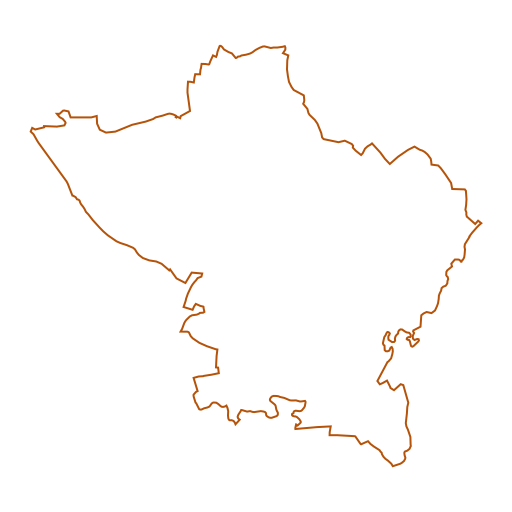 outline of Secuieni, Harghita, Romania
{"feature_id": "2599482B24162569897100", "entity_name": "Secuieni", "entity_type": "district", "adm_level": 2, "iso_a3": "ROU", "parent_name": "Romania", "parent_adm1": "Harghita", "projection": "orthographic", "projection_center": [24.945, 46.276], "detail": "fine", "context": "isolated", "style": "outline", "palette": "amber", "viewbox_px": 512, "rotation_deg": 0, "n_neighbors": 0, "source": "geoboundaries", "source_scale": "gbopen_adm2", "svg_char_len": 6019}
<svg xmlns="http://www.w3.org/2000/svg" viewBox="0 0 512 512"><path d="M303.8,95.4L293.7,90.0L291.5,86.9L289.0,81.9L287.9,76.1L287.0,69.4L287.3,60.2L288.3,55.4L283.0,53.2L285.3,49.7L285.4,47.6L284.8,46.2L282.6,46.8L277.5,47.5L273.8,47.5L270.8,48.0L264.6,46.4L262.9,46.5L259.4,47.9L255.5,50.0L252.3,52.4L249.9,53.6L246.0,54.7L241.4,55.5L239.9,56.4L238.0,56.6L236.6,57.8L235.7,58.0L231.9,53.4L228.4,52.0L223.9,49.4L222.4,47.3L221.3,46.2L220.1,45.8L219.6,46.1L217.5,51.7L216.9,54.9L216.1,56.9L213.0,55.4L210.3,61.3L209.2,64.3L208.6,64.5L205.4,64.0L201.6,63.9L201.0,68.0L200.5,69.6L200.0,74.3L195.2,74.2L194.5,77.5L193.8,82.5L190.6,81.8L188.0,81.7L187.5,89.4L187.5,92.7L190.0,111.0L180.7,116.1L180.2,118.2L176.9,116.6L176.3,117.5L175.7,117.1L176.3,116.2L176.1,115.8L173.6,114.6L171.5,113.9L169.5,113.6L167.8,113.9L162.7,115.6L155.6,117.4L153.2,119.0L145.7,121.6L132.1,124.8L115.4,131.6L106.0,132.6L99.8,129.7L97.1,123.7L96.7,116.0L91.3,117.4L70.6,117.4L68.5,111.4L64.2,110.5L63.0,110.7L59.6,113.8L56.9,113.8L59.7,117.2L62.7,118.9L65.1,121.7L65.6,122.9L64.4,125.4L56.9,126.6L44.1,126.1L44.2,127.3L35.2,129.5L32.2,127.9L30.7,131.6L33.5,134.2L37.1,140.6L38.7,143.1L66.6,181.5L67.8,183.8L72.4,195.6L72.9,195.6L75.6,197.1L77.0,199.3L78.6,199.7L79.6,200.7L80.2,202.6L81.1,204.3L83.0,206.6L84.5,208.9L85.9,211.8L86.8,212.8L88.3,214.3L92.7,220.0L99.7,227.7L103.2,231.3L107.8,235.3L116.5,241.3L120.3,243.0L127.0,245.2L133.1,247.8L135.0,249.4L136.8,252.4L138.8,254.9L142.8,258.0L149.3,260.4L156.3,261.5L161.6,263.8L169.3,270.4L170.1,269.4L176.5,278.4L185.4,283.0L191.7,272.6L202.2,273.5L201.4,276.6L197.6,278.1L196.0,280.4L194.4,282.1L192.4,284.7L191.1,286.9L187.9,293.6L186.1,298.7L185.7,300.7L183.6,307.0L192.6,309.8L194.1,306.4L195.8,303.9L200.3,305.9L203.3,306.6L203.5,306.8L203.6,308.3L204.4,311.9L203.1,312.7L199.9,312.9L199.1,313.6L196.9,314.6L192.0,315.3L189.8,316.5L186.4,319.8L185.2,321.4L184.3,323.0L182.1,328.9L180.6,331.6L187.4,331.7L188.5,332.1L189.0,332.6L190.7,336.1L192.7,338.3L199.3,342.8L206.9,346.2L215.6,349.2L217.4,349.5L216.6,355.9L216.0,367.4L218.1,367.6L218.8,373.2L211.5,374.7L203.8,375.9L203.2,376.2L198.6,376.5L193.6,377.9L197.6,391.1L196.0,391.9L193.7,394.5L193.5,395.0L193.7,396.7L195.5,402.5L196.3,403.4L199.2,409.2L200.2,409.6L201.6,409.5L204.1,408.3L207.3,407.5L209.0,406.8L209.9,406.0L211.6,403.6L212.6,402.8L213.7,402.5L216.3,402.7L218.4,404.1L220.7,406.2L221.9,406.8L223.2,406.9L224.9,406.5L226.4,405.6L227.5,408.0L228.2,411.1L228.0,415.5L228.3,418.3L228.6,419.1L229.1,419.9L229.8,420.3L231.6,420.2L233.5,420.9L234.8,422.5L235.5,424.3L239.7,419.7L238.2,418.5L237.6,416.9L238.1,415.2L238.6,414.3L240.6,411.3L241.2,410.0L242.1,410.1L247.1,411.6L250.1,411.1L252.5,411.9L254.2,412.1L260.8,411.1L263.8,411.6L265.1,412.1L265.8,412.8L266.1,413.7L266.1,414.9L266.6,415.9L268.6,417.3L270.2,417.8L271.7,417.8L276.6,416.1L277.6,415.2L277.9,414.0L277.8,412.5L277.0,411.2L276.3,409.4L275.6,405.8L275.1,404.9L274.3,404.1L270.4,401.0L269.9,399.9L270.1,398.8L271.0,397.4L272.1,396.4L273.5,395.9L276.8,396.0L278.5,396.3L280.1,397.0L284.2,397.9L289.9,400.3L291.4,400.5L296.0,400.4L300.0,401.5L301.6,401.4L305.0,400.9L305.5,401.7L305.5,402.7L304.8,406.3L304.2,407.5L302.0,410.2L301.0,410.9L299.6,411.2L295.7,410.7L294.2,411.2L293.7,411.9L293.4,413.3L292.4,413.7L292.0,414.1L292.0,415.0L292.6,415.8L294.4,416.4L295.5,416.4L297.0,417.1L299.3,419.2L300.7,421.4L300.7,422.5L300.3,423.0L297.5,425.6L296.9,425.7L296.4,424.5L296.1,424.4L295.3,428.0L295.4,429.0L317.1,427.1L330.7,426.4L329.7,432.1L329.6,435.2L337.3,435.2L354.9,436.2L355.4,436.5L360.1,443.3L360.7,444.1L361.1,444.3L368.0,441.2L370.5,444.0L373.8,446.5L379.6,450.2L380.3,451.4L381.7,452.8L381.9,454.1L383.5,456.8L385.5,458.9L387.8,460.5L391.3,463.7L392.8,466.2L400.1,463.8L401.6,463.0L404.0,461.0L405.1,459.0L405.4,457.8L404.6,455.2L404.3,452.9L404.6,452.0L405.0,451.5L407.2,450.7L409.5,448.9L410.8,446.0L410.6,444.4L410.4,437.0L407.9,429.6L406.4,426.4L405.8,423.1L406.9,413.4L407.3,407.0L408.3,402.7L403.3,385.1L400.7,384.2L394.0,390.2L390.5,388.0L390.0,386.5L387.0,380.6L382.6,383.1L379.8,384.3L377.4,381.0L387.5,362.0L388.4,361.5L391.1,358.4L392.3,354.2L392.8,351.4L392.6,348.8L391.7,347.0L390.6,347.6L389.3,350.6L387.6,351.3L385.8,351.2L384.7,350.1L384.5,345.6L383.4,344.7L382.9,343.2L384.3,337.1L385.6,335.2L386.4,333.3L387.4,332.0L388.6,332.2L389.8,333.4L389.4,334.7L388.4,336.1L388.3,338.0L388.5,339.7L392.1,342.1L394.2,341.9L395.1,340.7L394.9,338.5L395.5,336.4L396.5,335.0L398.1,333.5L398.2,332.0L398.9,330.5L400.4,329.4L402.1,329.5L404.8,331.4L406.6,332.4L409.2,332.8L410.6,334.5L410.7,336.1L410.2,337.1L408.5,337.1L407.2,337.8L406.7,339.0L407.4,339.7L409.3,340.1L409.9,341.4L411.0,345.9L412.2,346.7L413.4,346.2L418.3,341.5L418.9,340.5L418.6,339.2L417.2,339.0L414.5,340.0L413.0,338.7L412.7,336.8L413.1,335.1L414.1,333.0L413.1,331.5L413.4,330.4L420.5,326.7L421.3,315.3L423.5,313.5L426.6,312.0L431.5,313.1L435.0,310.5L436.9,306.4L438.0,303.4L438.7,299.0L438.9,295.7L439.7,293.4L441.1,290.7L441.6,288.1L443.2,286.7L445.8,285.7L447.3,283.4L447.5,280.9L448.2,279.1L447.7,277.0L446.9,276.3L446.2,275.1L446.4,271.8L447.3,270.3L452.0,266.5L451.3,263.7L454.9,259.5L458.1,259.5L459.3,259.8L460.3,260.7L460.8,261.6L461.5,261.7L462.1,260.3L463.0,259.7L464.2,257.3L464.6,254.5L465.0,249.4L464.5,246.9L464.9,244.2L469.6,236.7L469.4,236.4L472.0,232.9L476.9,227.3L479.2,225.0L481.3,223.2L478.1,220.7L475.2,224.0L466.8,216.6L466.3,214.5L466.4,212.5L465.4,209.8L466.1,205.3L466.5,199.3L465.9,190.8L464.8,189.4L452.2,189.0L451.1,183.0L445.3,174.3L440.8,168.2L438.2,165.5L431.5,164.6L431.2,161.3L430.7,158.7L427.5,154.4L424.6,151.9L422.1,150.5L419.6,149.7L414.5,146.6L408.0,149.9L398.1,156.7L389.8,164.0L385.0,158.9L380.3,152.5L372.0,143.4L370.4,144.7L367.6,146.3L365.0,148.7L362.7,153.3L361.1,155.0L355.7,150.7L352.8,147.6L353.1,145.7L351.7,144.0L344.8,140.7L338.5,142.2L323.6,139.1L322.1,137.4L321.3,133.2L317.4,123.6L314.8,119.9L309.5,114.8L308.4,112.9L307.4,108.9L303.2,103.8L304.0,102.1L304.3,100.2L303.8,95.4Z" fill="none" stroke="#b45309" stroke-width="2"/></svg>